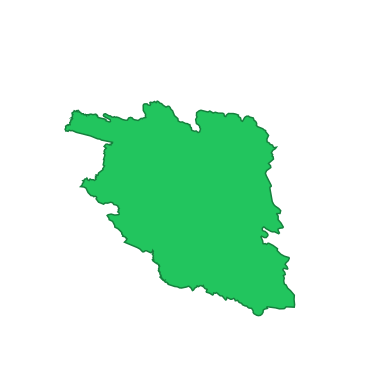 Kaeng Hang Maeo, Chanthaburi, Thailand (Robinson projection), rotated 116°
{"feature_id": "78962969B93590289625121", "entity_name": "Kaeng Hang Maeo", "entity_type": "district", "adm_level": 2, "iso_a3": "THA", "parent_name": "Thailand", "parent_adm1": "Chanthaburi", "projection": "robinson", "projection_center": [101.904, 13.084], "detail": "fine", "context": "isolated", "style": "filled", "palette": "green", "viewbox_px": 384, "rotation_deg": 116, "n_neighbors": 0, "source": "geoboundaries", "source_scale": "gbopen_adm2", "svg_char_len": 6105}
<svg xmlns="http://www.w3.org/2000/svg" viewBox="0 0 384 384"><g transform="rotate(116 192 192)"><path d="M104.1,156.1L104.5,161.5L103.9,163.3L102.4,163.7L101.4,164.6L100.6,165.9L100.4,167.6L98.6,169.4L99.4,173.4L99.0,174.4L100.0,176.2L101.9,177.3L106.3,177.6L106.3,179.1L104.1,180.9L103.8,183.4L102.5,184.0L102.8,186.9L103.4,189.3L105.5,193.7L108.1,194.9L109.3,194.7L109.6,195.3L109.6,196.1L107.8,197.6L107.7,198.9L109.6,203.0L110.1,206.0L111.7,207.6L111.4,211.5L113.1,212.7L114.6,219.8L115.9,221.2L118.7,222.6L121.6,221.4L122.3,220.4L125.2,220.5L128.6,218.0L128.8,215.7L129.6,213.9L130.7,213.3L131.5,212.0L134.6,211.5L135.9,212.6L135.3,215.0L136.4,216.5L136.6,219.4L134.5,220.8L134.3,221.9L132.4,223.5L132.9,224.4L132.5,225.8L133.3,228.1L133.2,231.3L134.3,233.0L134.2,235.6L132.2,236.9L131.0,241.3L127.5,245.1L126.9,247.2L125.6,248.8L125.1,250.2L125.4,251.2L127.1,252.6L126.7,255.8L125.9,258.1L126.2,259.7L125.5,261.9L125.6,263.1L127.4,263.4L127.1,265.4L128.9,266.6L129.6,268.8L130.2,269.0L131.6,267.6L132.6,267.7L133.0,269.7L132.5,271.0L133.5,273.1L134.5,273.9L135.6,273.8L140.1,271.5L142.5,267.8L144.4,267.1L145.3,266.2L147.0,268.4L147.8,268.6L148.1,270.0L151.3,271.7L152.3,275.5L152.3,276.9L151.6,278.3L151.9,280.0L153.3,281.4L155.7,281.5L156.6,283.1L157.3,286.2L157.3,290.5L157.7,292.7L158.3,293.1L158.4,294.9L159.2,295.3L159.7,296.5L159.4,299.0L159.9,300.0L159.6,304.1L160.5,305.2L161.9,305.3L162.7,304.3L162.9,297.2L164.4,296.2L165.3,297.0L165.7,300.4L164.9,300.8L165.2,301.5L164.6,302.1L166.2,309.0L165.5,309.8L165.1,311.2L164.6,310.9L164.2,312.6L165.9,314.9L166.3,317.0L167.3,318.3L168.2,318.4L168.0,319.1L169.0,321.1L169.4,320.8L169.0,321.9L169.7,322.4L169.9,323.2L169.3,323.9L170.1,325.7L169.3,327.0L169.7,328.4L169.1,328.6L168.5,330.0L169.1,330.7L169.9,330.5L169.7,331.5L170.6,331.6L170.6,333.5L172.1,333.5L173.2,334.4L173.8,334.4L174.3,333.6L174.4,334.2L174.6,333.6L175.7,333.0L177.1,332.4L177.6,332.7L177.5,332.4L178.4,332.2L178.4,331.6L179.4,331.7L179.6,332.3L179.7,331.9L181.4,332.3L182.3,331.8L183.1,332.3L184.9,331.1L185.8,332.9L186.4,332.5L186.9,333.7L188.3,334.4L189.8,333.5L191.2,333.6L192.5,332.0L192.0,331.6L191.8,330.0L190.3,329.5L190.1,327.9L189.2,326.4L189.1,322.2L186.1,307.9L185.6,300.3L184.8,297.8L185.0,296.2L182.2,285.2L182.9,285.0L183.3,285.8L183.9,285.4L184.4,285.8L185.2,285.6L185.0,286.6L185.9,286.8L186.1,289.2L186.8,290.3L189.6,291.0L190.2,288.3L192.1,289.0L193.9,288.9L194.7,287.8L196.0,288.1L196.4,286.9L197.2,286.4L201.7,285.7L201.7,284.9L206.6,283.7L206.9,282.1L210.2,282.4L210.9,281.8L215.8,284.3L218.2,283.9L218.6,285.5L219.2,284.9L220.1,285.6L220.8,284.5L221.8,285.0L222.6,283.9L224.3,284.7L224.2,286.1L225.1,288.0L225.0,289.3L226.8,289.5L226.9,290.7L225.6,292.6L226.5,292.8L227.4,294.0L228.9,294.2L229.7,295.1L230.2,293.7L232.7,294.1L233.9,293.8L236.0,294.5L234.9,291.3L235.0,289.0L238.1,285.1L239.5,281.2L238.9,279.6L239.3,278.3L238.3,277.2L238.2,276.0L238.9,275.1L240.2,275.2L242.1,271.5L241.7,266.1L240.0,265.3L238.9,262.8L236.9,260.7L236.4,258.7L237.5,256.8L236.9,254.2L237.2,252.2L237.7,252.1L238.9,250.1L239.6,250.6L240.6,250.3L241.0,249.6L242.4,250.0L242.7,248.4L243.8,247.7L244.7,248.2L246.6,251.3L247.3,255.0L249.2,257.4L250.3,258.0L251.9,255.2L253.2,254.3L253.2,250.5L255.9,246.9L257.4,245.9L257.4,242.7L258.3,239.7L259.3,237.3L260.4,236.8L261.4,234.9L262.1,234.9L261.7,232.6L262.1,231.0L262.7,230.7L262.6,229.9L264.1,229.8L266.7,230.7L265.9,216.7L266.1,213.7L267.4,210.2L266.9,209.1L265.3,208.2L264.8,207.3L264.7,202.5L263.0,201.4L261.7,201.7L262.3,200.7L263.3,200.8L264.3,199.9L265.2,200.5L266.2,198.7L268.1,198.3L268.1,197.8L269.2,197.4L269.8,197.8L269.9,196.9L270.3,197.3L270.8,196.5L271.0,196.7L271.7,193.5L271.3,192.4L271.8,192.2L271.8,190.0L272.6,189.7L272.5,189.1L273.3,189.0L273.3,188.5L275.3,188.5L275.6,187.9L277.1,187.9L277.6,186.4L278.1,186.7L278.4,185.4L279.7,185.0L280.5,183.3L281.5,182.7L281.7,183.5L282.6,183.3L282.3,182.1L283.0,181.9L282.7,181.5L283.4,181.1L283.1,180.6L283.8,179.8L283.4,179.4L284.0,179.0L284.0,178.2L283.4,177.7L284.1,177.7L284.8,176.4L284.4,176.0L284.3,174.8L285.1,173.6L284.8,173.2L285.4,172.7L284.5,166.1L283.6,163.6L283.6,161.1L282.8,159.2L279.7,155.2L278.4,154.1L278.1,153.2L278.8,150.6L280.4,148.4L279.5,147.7L276.9,147.3L275.3,146.1L274.2,146.2L274.2,144.6L272.7,143.8L272.0,142.5L272.3,141.3L271.2,140.9L272.4,139.6L273.1,137.9L272.9,135.7L275.4,135.5L275.7,135.0L275.2,131.7L275.6,128.5L274.9,127.9L273.2,128.2L272.7,126.5L271.7,125.9L272.9,121.3L272.2,119.2L274.3,114.5L273.7,113.9L271.4,114.3L271.5,110.4L271.0,109.3L269.3,107.8L269.6,106.7L270.8,105.4L269.4,103.5L270.6,101.2L270.3,98.6L271.2,97.2L271.1,94.2L270.5,92.9L271.2,91.1L271.3,89.8L270.4,87.5L272.0,84.9L273.5,84.2L274.2,82.9L274.4,79.7L274.0,78.1L272.9,76.5L271.2,75.6L269.0,75.4L266.9,76.2L265.4,75.4L263.6,73.2L262.9,74.3L262.2,74.1L259.5,66.1L258.7,62.2L256.8,58.6L256.2,57.8L253.9,57.0L250.7,49.6L248.3,50.4L243.8,53.2L239.9,54.8L237.5,60.2L236.5,63.8L234.3,66.8L234.3,68.5L232.7,69.9L231.3,70.8L229.0,71.3L227.0,73.3L225.3,72.0L223.5,73.5L222.4,75.9L221.8,76.4L220.3,75.9L219.6,72.6L219.0,72.3L217.6,73.7L216.2,76.6L214.5,76.5L211.5,75.4L209.1,75.5L208.4,76.1L209.2,80.8L209.0,85.0L207.3,89.8L205.5,90.3L204.5,95.8L204.4,100.6L204.9,101.4L206.4,102.0L206.3,103.7L207.0,104.4L207.2,105.5L204.8,107.2L202.2,110.3L201.2,110.1L201.2,106.8L200.5,105.4L198.0,104.7L197.0,105.1L196.2,106.2L195.4,109.0L195.8,111.0L195.5,112.0L193.8,112.9L192.1,112.4L191.9,111.3L192.5,109.5L192.8,103.6L192.4,101.8L191.6,100.6L191.5,95.8L190.5,95.5L188.4,98.2L187.4,98.3L186.1,97.3L184.5,94.8L183.5,94.6L180.9,98.4L179.1,102.5L175.9,104.0L174.6,106.3L174.2,106.3L172.7,103.5L169.9,104.1L168.8,106.8L168.2,111.0L167.4,113.1L165.4,115.7L154.3,123.8L153.4,124.0L152.3,123.3L151.4,123.7L144.8,132.4L142.9,134.3L140.0,134.3L135.5,131.9L134.0,132.9L132.8,135.8L126.7,133.2L124.8,134.5L124.6,135.7L123.0,135.9L122.1,137.8L119.2,137.7L116.5,136.1L114.8,135.8L116.0,137.4L116.1,138.4L114.6,140.2L114.9,142.7L114.1,143.9L114.0,146.5L111.6,147.9L107.6,148.0L105.4,152.4L104.5,152.8L104.6,154.4L104.1,156.1Z" fill="#22c55e" stroke="#15803d" stroke-width="1.5"/></g></svg>